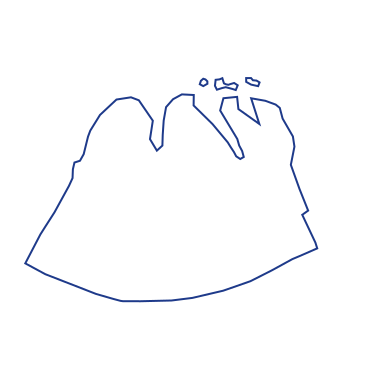 Dngronger, Palau, rotated 18°
{"feature_id": "81905179B16593070408987", "entity_name": "Dngronger", "entity_type": "district", "adm_level": 2, "iso_a3": "PLW", "parent_name": "Palau", "parent_adm1": "", "projection": "mercator", "projection_center": [134.479, 7.344], "detail": "fine", "context": "isolated", "style": "outline", "palette": "blue", "viewbox_px": 384, "rotation_deg": 18, "n_neighbors": 0, "source": "geoboundaries", "source_scale": "gbopen_adm2", "svg_char_len": 1334}
<svg xmlns="http://www.w3.org/2000/svg" viewBox="0 0 384 384"><g transform="rotate(18 192 192)"><path d="M249.5,84.9L244.6,83.0L233.5,82.6L219.3,84.6L235.0,106.5L210.5,98.8L205.5,87.6L192.9,93.1L193.6,105.8L218.7,127.6L222.5,133.2L227.0,137.5L230.4,142.7L227.7,145.7L223.0,144.4L219.5,141.0L215.1,137.5L210.6,133.7L190.6,121.1L166.8,109.2L163.7,99.2L152.2,102.3L145.3,109.6L141.1,119.3L143.0,132.8L146.5,146.7L149.5,157.0L145.8,163.5L135.7,154.7L132.7,136.3L113.1,121.2L104.7,120.8L91.6,127.4L80.7,147.1L76.3,165.0L76.0,171.5L77.3,189.5L75.8,196.9L71.1,200.3L71.7,207.2L74.1,215.7L73.1,224.2L67.5,253.8L63.1,270.6L60.9,279.2L55.5,311.4L77.9,315.5L132.2,318.6L150.4,318.0L157.8,317.6L160.0,317.2L176.8,311.8L206.1,301.5L225.1,292.6L252.2,276.2L275.1,258.8L292.0,242.0L308.2,224.8L314.0,219.8L328.5,206.9L325.0,202.0L303.9,179.6L308.2,173.8L293.3,155.9L277.6,135.6L275.4,117.2L270.8,108.0L255.5,94.2L249.5,84.9ZM202.5,76.4L198.4,75.3L195.0,77.6L193.5,78.8L191.0,79.1L188.8,78.8L185.7,74.4L183.3,76.4L179.8,78.0L181.0,83.9L184.1,87.0L188.4,83.9L191.7,81.9L198.6,81.5L202.1,81.5L202.5,76.4ZM222.2,70.9L222.4,66.9L218.9,66.1L215.4,66.9L213.0,65.4L208.3,66.9L209.5,70.5L215.0,71.6L222.2,70.9ZM167.7,80.8L166.1,83.5L166.1,87.1L170.0,87.8L173.2,84.3L172.4,82.0L170.0,80.8L167.7,80.8Z" fill="none" stroke="#1e3a8a" stroke-width="2"/></g></svg>